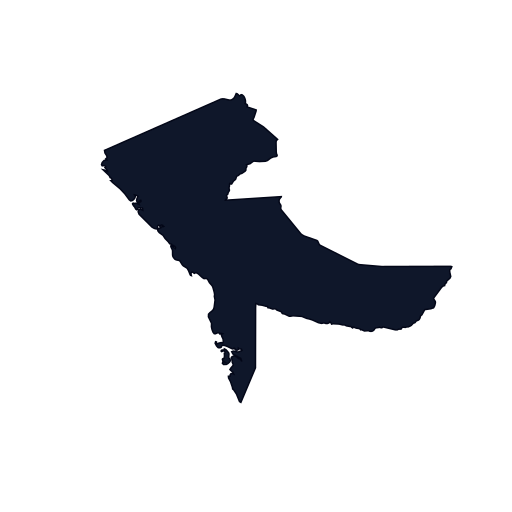 an SVG outline of Coast, rotated 117°
{"feature_id": "KEN-1193", "entity_name": "Coast", "entity_type": "Province", "adm_level": 1, "iso_a3": "KEN", "parent_name": "Kenya", "parent_adm1": "", "projection": "robinson", "projection_center": [39.627, -2.351], "detail": "fine", "context": "isolated", "style": "filled", "palette": "ink", "viewbox_px": 512, "rotation_deg": 117, "n_neighbors": 0, "source": "natural_earth", "source_scale": "10m", "svg_char_len": 6112}
<svg xmlns="http://www.w3.org/2000/svg" viewBox="0 0 512 512"><g transform="rotate(117 256 256)"><path d="M393.3,203.0L393.2,204.6L387.9,210.7L385.4,215.1L385.1,216.4L383.6,217.5L379.6,221.6L377.2,225.0L375.7,226.0L374.7,224.5L373.4,225.1L372.2,224.9L371.4,224.0L371.3,222.3L369.9,224.0L369.6,225.9L369.0,227.7L367.0,227.5L363.7,226.7L362.8,227.3L361.4,229.0L359.6,229.9L358.1,231.8L357.0,231.8L355.4,230.7L355.0,230.0L354.7,228.8L354.7,227.7L355.4,225.5L355.2,223.4L355.5,222.5L356.5,220.7L354.1,222.9L353.8,232.1L352.3,234.2L351.0,233.1L349.7,228.3L347.7,226.7L347.1,225.9L346.5,225.6L345.6,226.7L346.1,227.9L346.3,228.9L346.1,229.9L347.2,229.3L348.1,229.6L348.7,230.5L348.9,231.8L348.8,232.3L348.1,232.7L348.0,233.2L348.2,233.9L349.2,234.2L349.5,234.8L349.6,240.5L350.0,243.5L350.9,245.5L351.5,245.7L353.1,245.6L354.0,246.3L354.7,247.5L354.8,248.3L354.0,250.4L352.3,252.8L350.7,253.1L350.5,252.2L352.8,250.9L351.6,250.4L350.6,249.7L348.9,247.7L348.7,247.1L348.7,246.4L348.0,246.0L346.6,246.6L344.9,247.7L343.3,249.8L341.8,251.3L340.4,250.4L340.6,251.8L341.0,252.4L341.9,252.8L341.3,254.2L341.8,255.3L343.7,256.8L344.2,257.9L343.4,259.7L341.5,261.8L339.3,263.6L336.1,265.1L331.8,270.8L329.4,271.9L327.3,271.3L325.2,270.3L323.0,269.7L320.8,270.0L313.8,272.5L310.9,274.8L309.1,275.4L307.1,276.9L303.6,280.1L302.8,281.0L302.2,282.1L300.9,285.4L298.8,288.4L298.5,289.7L298.7,290.3L299.7,291.9L299.8,292.4L299.5,294.3L298.1,299.3L298.0,301.9L299.5,303.1L299.1,305.2L299.9,306.1L301.4,305.9L302.8,304.7L302.9,305.6L302.3,306.5L299.9,309.2L298.4,311.4L298.1,312.3L297.8,316.3L297.3,317.7L295.0,321.5L294.9,322.5L295.7,325.4L295.7,326.8L295.2,328.0L294.6,329.2L293.8,330.2L292.8,330.9L289.5,332.6L288.5,333.3L286.9,335.5L285.9,336.4L284.7,336.6L285.3,335.3L286.0,332.3L286.1,331.2L284.9,331.5L284.3,332.3L284.2,335.1L283.8,337.1L284.3,338.4L283.1,340.7L281.7,344.9L279.8,348.2L279.1,352.8L278.3,354.6L277.4,355.5L276.8,355.6L275.3,354.9L274.1,353.5L271.9,353.2L272.2,352.2L271.5,351.6L271.0,353.0L271.2,354.2L272.0,354.9L273.4,354.9L272.6,356.0L272.8,356.9L273.8,357.3L276.2,356.2L277.0,356.8L277.4,358.0L277.6,359.2L277.5,361.7L271.9,379.1L270.1,381.1L268.1,381.4L266.7,380.2L266.7,377.6L265.2,378.5L264.8,379.1L266.0,382.2L266.7,382.9L268.3,382.7L269.0,383.2L268.8,384.5L267.4,386.4L267.0,387.6L265.9,389.4L265.3,389.8L264.6,389.4L264.1,387.6L263.6,387.2L263.1,386.2L263.3,384.4L263.2,383.3L261.9,384.5L260.2,383.4L259.4,383.2L258.6,384.0L259.3,384.7L261.9,385.6L261.4,387.0L260.8,387.6L258.6,388.2L256.5,388.2L256.2,388.8L256.3,390.4L256.7,392.0L257.7,390.5L260.0,390.3L262.4,391.1L263.8,392.5L263.5,394.4L260.1,401.2L257.8,407.6L255.6,417.2L254.8,419.5L254.2,418.4L253.6,418.5L252.4,420.1L252.3,420.5L252.4,421.5L251.0,423.3L248.6,431.4L248.2,429.9L248.4,427.6L248.1,426.5L247.2,427.3L245.8,430.8L244.9,430.4L244.5,430.5L244.3,431.6L244.4,432.3L245.5,434.0L244.8,435.1L242.5,435.5L239.8,434.7L238.2,432.4L237.7,434.0L235.7,433.3L234.2,434.9L232.9,437.2L231.6,438.3L230.8,438.5L230.6,438.9L132.1,358.5L131.1,357.1L130.4,355.5L129.2,350.7L128.7,349.5L127.7,348.5L126.4,347.8L125.0,347.3L123.5,347.2L120.2,347.4L120.0,346.3L120.8,343.5L120.4,342.9L119.3,342.7L118.8,342.1L118.7,341.3L119.2,339.5L119.6,338.8L120.6,337.5L122.1,336.1L123.8,335.1L125.1,335.0L125.0,333.6L125.2,332.5L125.9,331.8L127.2,331.7L125.8,322.1L127.0,321.7L133.4,320.7L135.8,320.7L136.2,320.0L136.5,319.1L137.6,307.8L142.3,289.7L144.1,290.3L145.7,289.7L154.1,285.2L155.8,284.0L156.4,283.1L156.9,282.8L157.3,282.7L158.2,283.2L159.9,285.6L162.1,287.4L165.7,289.1L167.3,290.6L170.3,295.8L172.4,300.9L173.2,301.6L176.5,303.2L179.0,306.0L179.5,305.3L180.1,304.9L181.7,304.7L182.9,304.8L183.9,304.0L185.4,304.2L188.8,306.1L190.3,307.6L192.1,308.2L193.5,309.3L194.3,309.4L196.7,309.0L197.5,309.2L199.5,310.1L202.9,310.4L203.3,311.0L203.0,312.2L203.4,312.4L204.8,311.9L205.7,311.4L207.6,311.0L209.2,309.7L209.9,309.4L212.0,309.6L213.9,309.2L214.9,309.7L215.6,309.7L217.1,308.2L217.5,308.0L218.1,308.1L219.4,308.7L220.2,308.6L191.6,260.4L191.9,260.3L192.9,260.6L194.9,260.9L196.5,260.5L198.0,259.4L199.5,256.9L200.4,256.3L202.2,255.7L203.3,254.7L215.9,226.0L216.2,224.3L216.3,222.1L214.5,208.9L214.7,207.8L217.0,204.9L217.3,203.8L217.1,161.3L216.6,159.6L208.3,139.2L176.7,77.6L176.7,76.6L178.0,76.7L178.7,76.4L180.2,77.2L182.3,76.1L185.8,73.2L187.7,73.1L191.8,74.7L193.4,74.2L194.4,74.8L195.5,74.8L196.8,74.5L197.1,75.1L198.0,75.7L199.6,76.4L212.7,78.6L213.6,78.2L215.1,75.6L215.8,75.1L216.9,74.7L219.1,74.2L221.3,74.2L221.8,74.4L222.4,75.2L223.5,76.1L227.2,81.3L233.2,81.5L234.4,82.2L237.1,81.7L238.6,81.8L239.7,82.4L241.1,83.7L243.2,84.1L244.1,84.9L244.3,85.3L247.2,86.1L248.1,86.6L250.1,88.2L250.7,89.5L251.7,90.3L252.9,93.1L253.6,93.5L254.6,93.4L255.3,93.6L256.5,95.8L257.7,96.6L258.6,98.5L261.3,109.7L261.7,110.9L262.6,111.1L263.1,111.8L263.3,112.7L263.4,113.8L263.8,113.9L265.8,116.8L266.6,117.1L268.4,117.3L269.5,117.8L270.4,118.5L271.0,119.4L271.4,120.5L271.5,121.9L273.6,125.4L273.7,128.4L274.3,129.2L273.8,130.3L273.9,131.4L274.8,134.0L275.0,136.5L275.2,137.3L276.2,137.2L276.1,138.4L275.7,139.4L276.1,140.1L277.2,143.7L277.2,145.8L278.1,147.5L278.9,151.0L281.4,156.6L282.4,157.7L281.5,159.0L281.0,160.4L282.5,160.6L283.7,161.7L284.5,163.3L284.7,165.0L286.3,167.0L287.1,170.1L287.4,176.7L287.9,179.8L288.6,182.5L289.0,187.6L289.3,188.4L292.5,195.9L294.0,197.9L294.6,199.1L294.7,204.1L295.3,206.2L295.1,206.9L294.3,207.8L294.3,209.2L294.7,212.7L294.6,213.3L294.3,214.2L294.3,214.8L294.6,215.5L295.7,217.0L296.2,220.7L296.7,221.8L295.7,222.9L296.2,224.0L297.1,228.3L298.4,231.8L298.1,232.6L298.4,234.6L302.2,232.9L355.9,205.7L393.3,203.0ZM359.8,232.3L360.7,231.3L362.5,231.4L364.6,232.2L366.0,233.1L367.4,235.6L366.9,237.2L365.6,237.5L364.7,235.8L364.6,237.5L364.3,238.2L363.7,238.6L363.4,239.0L363.0,239.1L362.5,238.9L361.8,238.0L359.6,238.6L357.0,240.1L356.4,239.6L355.8,239.7L355.3,240.4L355.1,241.5L355.5,242.1L356.8,243.2L356.5,244.0L355.7,243.9L355.1,243.5L354.8,242.7L354.7,241.8L353.1,242.1L353.1,240.3L354.0,237.9L354.9,236.1L356.2,235.3L357.8,234.7L359.2,233.9L359.8,232.3Z" fill="#0f172a" stroke="#020617" stroke-width="1.5"/></g></svg>